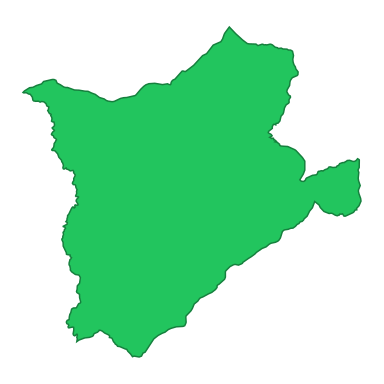 the district of Campohermoso, Boyacá, Colombia
{"feature_id": "7082276B14856553435658", "entity_name": "Campohermoso", "entity_type": "district", "adm_level": 2, "iso_a3": "COL", "parent_name": "Colombia", "parent_adm1": "Boyacá", "projection": "mercator", "projection_center": [-73.141, 5.004], "detail": "fine", "context": "isolated", "style": "filled", "palette": "green", "viewbox_px": 384, "rotation_deg": 0, "n_neighbors": 0, "source": "geoboundaries", "source_scale": "gbopen_adm2", "svg_char_len": 5809}
<svg xmlns="http://www.w3.org/2000/svg" viewBox="0 0 384 384"><path d="M61.9,239.0L61.9,239.8L63.1,242.4L63.2,246.1L66.4,252.8L66.4,254.1L66.9,254.5L70.2,255.1L70.2,256.6L71.5,257.7L70.7,259.1L70.0,259.5L69.1,263.0L69.1,264.9L69.8,265.8L70.4,268.6L70.3,270.0L71.6,271.8L74.8,274.1L75.5,274.5L78.6,275.0L79.2,275.4L80.4,277.7L79.6,283.2L77.3,285.9L77.1,289.4L76.5,291.4L76.9,292.5L79.5,294.3L79.6,297.7L80.7,302.0L80.6,302.5L80.0,303.2L79.0,303.5L78.4,304.1L76.5,307.6L76.0,307.9L73.3,308.0L71.6,309.1L70.8,312.6L69.8,314.5L69.3,316.9L69.1,319.6L67.3,320.3L66.5,321.5L66.4,322.5L66.9,323.7L68.1,324.2L68.8,325.2L68.1,326.6L68.3,327.6L68.9,327.9L72.2,327.1L73.6,327.3L73.8,329.9L73.1,333.9L73.6,335.2L74.5,335.8L75.0,335.7L76.8,334.2L77.2,334.3L77.4,335.0L76.8,337.3L77.3,338.8L76.8,341.6L78.9,340.1L84.8,337.9L89.4,337.4L92.3,336.4L93.3,335.6L93.7,334.3L94.4,333.5L97.5,332.2L99.0,330.8L99.2,330.2L100.7,330.4L102.4,331.2L104.6,333.0L108.8,335.0L109.6,336.0L109.4,337.5L111.6,338.0L112.2,338.6L113.5,341.7L114.7,342.9L115.2,344.0L116.6,344.9L117.6,346.3L119.8,346.6L125.3,349.0L126.7,349.3L127.9,351.3L130.5,353.9L132.5,356.7L134.1,356.1L139.2,357.0L141.5,356.1L143.0,353.1L145.1,352.2L153.8,338.9L158.2,335.4L162.3,333.2L165.0,332.2L168.4,329.5L171.2,328.3L176.3,326.8L183.1,326.4L184.7,325.7L185.7,323.6L186.1,322.2L185.8,316.9L186.1,315.9L190.9,310.9L192.3,308.6L194.2,304.0L197.8,301.1L198.9,299.4L200.3,297.9L202.9,296.9L208.4,293.9L211.8,292.4L215.5,289.5L217.0,287.5L217.1,285.7L217.5,285.1L219.2,284.1L224.6,279.2L225.4,277.1L225.4,271.6L226.0,270.6L230.0,266.6L233.6,264.7L235.2,264.4L238.5,265.1L241.6,263.8L242.5,263.2L242.8,262.4L248.5,258.4L251.4,256.6L254.9,254.0L256.4,252.4L262.0,248.5L266.2,246.8L269.2,244.2L271.1,243.2L275.4,242.3L277.8,241.2L279.1,240.0L280.4,237.9L282.4,231.5L284.3,229.9L288.2,229.3L290.7,228.3L293.0,228.1L295.5,226.3L297.1,224.4L298.9,223.6L300.1,221.9L302.1,221.4L303.5,220.1L304.1,218.9L307.1,216.2L309.6,211.1L312.4,207.8L314.7,201.5L319.1,205.0L320.3,207.6L324.0,211.5L329.1,213.5L331.2,213.2L332.4,213.5L334.9,215.0L336.5,215.6L337.7,215.7L338.4,215.1L339.2,215.1L339.9,214.0L341.2,214.2L342.5,213.8L344.0,216.1L345.5,216.1L352.9,212.7L353.9,211.9L355.0,210.1L356.8,209.8L356.5,208.5L359.0,205.8L361.0,201.1L360.6,198.3L359.0,193.9L358.4,191.3L358.5,189.8L360.2,185.6L358.6,180.9L358.2,178.3L358.8,172.4L358.2,170.8L358.1,169.8L359.2,167.5L359.3,160.1L359.1,159.6L357.6,158.7L355.9,160.7L354.4,161.4L352.8,161.4L349.6,160.3L347.2,160.5L346.4,161.3L345.1,161.8L344.6,162.5L342.6,162.6L339.7,163.6L338.6,165.3L336.9,166.1L336.3,167.2L332.9,167.5L330.4,166.9L329.0,167.0L328.1,168.2L327.2,168.9L325.1,169.6L322.9,171.0L321.9,170.7L320.1,171.0L319.3,171.4L318.5,171.3L318.1,171.6L317.3,173.8L316.3,174.8L312.5,175.3L306.6,178.0L306.0,178.6L305.2,180.4L303.8,181.4L301.4,181.3L299.8,179.8L303.3,174.1L304.8,170.1L304.8,161.1L302.4,157.5L295.9,150.5L294.8,149.7L287.7,146.5L281.5,146.1L280.3,145.8L279.7,145.3L279.6,144.3L277.1,142.2L275.1,141.8L276.1,141.1L274.6,139.8L273.8,139.8L273.5,138.3L273.0,138.1L271.8,138.5L269.7,137.3L271.8,136.2L272.1,135.7L271.1,134.4L268.4,132.9L268.2,132.3L268.9,131.1L272.3,128.4L272.3,126.7L273.1,124.9L274.0,124.2L275.8,124.9L276.0,123.5L278.1,123.1L279.9,121.0L281.0,116.2L283.0,114.0L283.6,112.4L284.5,107.9L286.2,104.8L288.6,103.2L289.1,102.4L289.0,99.7L290.5,97.2L290.3,96.0L289.3,95.5L288.5,94.7L286.8,91.7L287.2,89.7L289.6,85.5L290.0,81.6L290.7,79.9L292.3,77.7L297.1,75.6L297.9,74.7L298.1,71.9L295.8,68.8L295.4,67.0L293.9,64.6L293.1,62.0L292.8,59.3L293.5,55.6L292.5,51.2L290.7,50.1L288.2,50.0L287.4,49.3L286.5,49.1L283.1,49.0L281.2,48.1L278.3,48.5L277.5,47.7L275.2,47.2L272.4,44.9L270.8,44.2L269.8,44.2L266.7,45.0L265.9,44.7L264.0,44.9L263.0,44.3L262.1,44.2L257.9,45.6L256.0,44.1L249.0,43.9L247.2,43.5L242.6,40.0L235.8,33.8L229.3,27.0L225.1,32.7L224.3,34.1L222.6,38.9L220.9,41.7L213.2,45.1L206.6,53.7L202.6,55.6L193.7,65.3L186.4,70.9L185.2,71.6L183.0,71.0L182.1,71.1L174.9,79.2L173.0,80.0L171.9,81.1L171.2,82.3L170.8,84.2L170.4,84.7L168.9,84.5L167.6,83.8L162.5,84.6L154.8,83.3L148.9,83.7L145.9,84.8L143.7,86.4L140.8,89.2L136.1,94.8L135.0,95.6L126.8,97.5L123.7,97.7L120.6,98.4L114.2,101.4L112.1,101.7L108.0,101.1L106.2,100.4L104.1,98.9L99.4,97.5L95.3,94.4L91.5,93.0L88.0,91.3L85.0,91.2L79.1,90.2L74.5,90.0L67.6,87.5L65.7,87.5L63.8,87.0L60.3,84.7L57.6,83.4L57.0,82.9L55.9,80.3L54.0,79.5L52.2,79.5L43.6,81.5L41.6,83.9L36.5,85.5L33.0,87.3L29.6,87.7L24.5,90.9L23.4,92.0L23.0,92.5L23.8,92.9L26.3,92.7L28.6,94.0L30.3,94.3L32.3,97.1L32.9,100.1L33.6,100.9L35.7,101.3L38.5,101.2L40.1,102.1L41.7,101.5L43.8,101.8L46.0,103.6L46.8,105.9L48.8,107.0L48.4,109.5L47.7,110.5L49.5,113.7L50.6,113.9L51.1,114.5L50.7,115.5L51.7,117.3L52.0,118.9L51.5,121.1L52.3,121.8L54.0,122.1L54.5,124.8L54.4,125.5L53.9,126.4L52.2,127.8L52.4,128.5L54.2,130.1L54.4,130.6L52.6,132.1L51.4,134.2L51.7,134.9L53.3,135.7L54.0,137.6L55.8,138.7L56.5,139.8L55.6,141.1L55.2,142.2L54.2,143.4L53.8,146.8L53.2,147.9L51.8,149.5L51.8,150.1L52.4,150.5L53.8,150.5L54.9,150.8L57.7,153.9L58.8,157.2L61.4,160.1L61.8,161.8L62.7,163.0L63.4,165.4L62.9,167.7L63.2,168.7L63.9,169.1L64.6,168.9L66.1,168.0L66.7,169.1L68.4,169.6L70.2,170.9L73.0,170.4L73.7,171.5L73.6,172.7L75.1,174.7L75.1,175.7L73.7,178.5L73.8,180.4L72.7,182.2L72.4,183.3L73.3,184.6L74.9,184.7L75.6,185.3L75.8,187.0L76.6,189.0L77.1,189.5L76.5,191.4L76.7,193.4L75.6,196.0L76.0,196.5L77.8,196.6L78.5,196.9L78.4,197.5L76.5,199.5L76.1,201.0L77.9,204.0L78.0,204.9L77.2,205.3L75.2,204.9L74.8,205.6L75.0,207.3L74.4,207.9L73.8,207.8L73.0,206.9L72.4,207.2L71.6,208.3L68.7,214.3L67.6,215.5L67.5,217.5L67.1,218.2L66.9,220.3L65.9,221.7L67.3,222.5L67.1,224.2L63.2,226.3L63.3,226.7L65.0,227.2L65.5,228.2L64.3,229.9L64.2,231.2L63.1,232.3L63.5,234.8L62.8,236.2L62.8,237.8L61.9,239.0Z" fill="#22c55e" stroke="#15803d" stroke-width="1.5"/></svg>